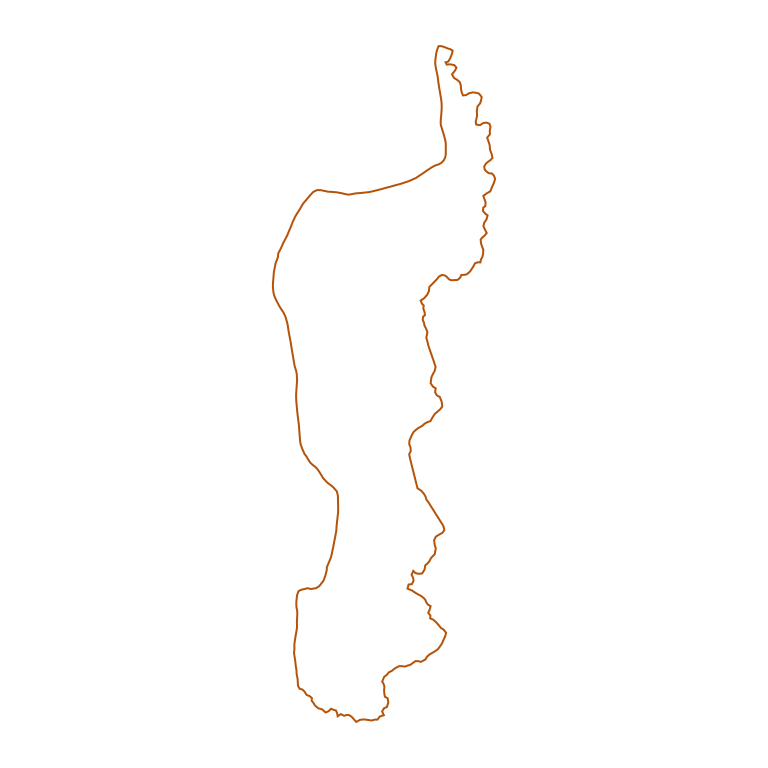 Itapiratins, Tocantins, Brazil (Robinson projection)
{"feature_id": "56859067B41271954080984", "entity_name": "Itapiratins", "entity_type": "district", "adm_level": 2, "iso_a3": "BRA", "parent_name": "Brazil", "parent_adm1": "Tocantins", "projection": "robinson", "projection_center": [-48.008, -8.299], "detail": "fine", "context": "isolated", "style": "outline", "palette": "amber", "viewbox_px": 768, "rotation_deg": 0, "n_neighbors": 0, "source": "geoboundaries", "source_scale": "gbopen_adm2", "svg_char_len": 5639}
<svg xmlns="http://www.w3.org/2000/svg" viewBox="0 0 768 768"><path d="M438.6,46.1L437.1,49.9L436.3,52.9L435.9,56.0L435.4,59.5L435.2,63.5L436.0,68.8L436.9,72.8L437.7,76.7L438.1,80.3L438.6,83.9L439.2,87.9L440.0,92.4L440.5,95.6L441.1,98.8L441.6,103.3L441.7,107.6L441.5,111.4L441.2,115.4L440.9,118.2L440.7,121.1L440.7,124.2L441.5,127.3L442.6,130.9L443.7,134.3L444.7,138.0L445.7,142.4L445.8,146.8L445.8,150.8L445.7,155.2L445.0,157.9L443.6,160.6L441.3,162.9L438.6,164.4L434.6,165.7L431.3,167.6L429.1,169.1L426.6,170.7L424.1,172.5L421.8,174.1L419.0,175.9L416.1,177.9L413.8,178.9L411.7,179.9L408.4,181.3L404.4,182.6L400.8,183.8L398.3,184.5L395.6,185.2L392.7,186.0L389.6,186.9L386.0,187.8L382.8,188.7L379.6,189.6L376.3,190.4L372.6,191.3L369.6,192.0L366.6,192.4L363.3,192.7L360.8,193.0L358.1,193.2L355.4,193.4L352.4,194.0L348.8,194.7L345.6,194.2L342.5,193.4L339.3,192.8L336.6,192.3L333.1,192.0L330.3,191.8L327.9,191.7L325.5,191.1L323.3,190.7L320.4,190.1L316.9,190.1L313.3,191.9L310.5,194.9L308.0,197.8L305.8,200.5L303.9,202.6L302.1,205.1L300.9,207.4L299.0,210.6L296.9,213.7L295.3,216.5L293.8,219.6L292.6,222.2L291.2,225.9L289.5,229.9L288.2,233.0L287.1,235.7L285.2,239.3L283.5,242.5L282.0,245.8L280.5,249.2L278.3,253.2L277.9,257.2L275.7,263.0L273.9,271.9L273.0,283.1L272.9,285.8L273.2,290.4L273.6,293.3L274.5,296.4L276.3,300.4L277.8,303.2L279.3,306.1L281.5,309.6L283.5,312.5L285.4,316.6L287.0,322.1L287.7,325.0L288.5,330.7L290.8,343.0L291.8,349.5L294.7,366.3L296.1,370.7L296.8,374.4L297.1,380.5L296.6,387.0L296.1,395.0L296.2,400.0L297.2,411.2L297.6,414.9L298.9,425.1L300.0,440.0L300.6,444.1L302.2,448.7L304.5,453.9L306.5,456.5L308.1,459.4L310.1,462.4L312.3,464.6L315.3,466.9L317.2,468.8L319.4,472.0L321.8,475.8L323.0,478.0L327.3,482.6L332.8,486.8L336.8,491.3L337.9,495.7L338.0,501.8L338.2,508.5L338.1,512.5L337.4,518.6L336.8,524.0L336.5,527.2L336.3,530.7L335.2,536.8L333.8,543.9L333.3,546.8L332.6,549.9L331.9,553.4L330.9,557.5L328.0,564.5L326.8,567.2L326.8,570.0L325.3,575.8L323.5,580.7L319.3,586.1L316.0,588.2L310.6,589.0L307.7,588.2L300.8,589.9L298.6,591.1L297.1,595.0L296.4,601.1L296.3,604.2L296.5,607.5L297.2,610.8L297.3,613.9L296.9,622.4L297.0,625.3L296.9,628.4L296.0,633.8L295.3,637.6L294.4,644.0L294.4,649.5L294.0,653.0L295.3,661.4L295.7,665.6L296.4,669.6L296.7,674.5L297.6,679.0L298.0,685.8L299.6,688.7L302.3,689.5L304.3,691.3L306.7,695.0L309.4,696.0L311.8,697.9L311.7,700.8L313.3,702.7L315.0,705.5L318.1,708.2L322.4,709.5L325.5,712.5L328.5,711.3L331.0,708.8L333.6,709.8L336.0,710.5L337.2,713.5L337.7,716.3L340.8,714.1L344.1,715.8L346.7,714.9L349.3,715.2L351.7,716.8L353.8,719.2L356.2,721.9L360.2,719.8L363.9,719.4L367.6,719.9L371.8,720.5L374.9,719.6L377.5,719.6L379.8,716.5L383.8,715.2L382.1,711.4L384.1,708.2L386.9,707.0L388.3,702.7L387.7,698.3L384.9,696.7L384.3,693.4L384.1,690.3L384.4,686.8L383.7,684.2L382.2,681.6L384.1,677.0L386.9,674.7L388.9,672.3L392.1,670.7L394.4,668.7L397.2,667.1L399.5,666.1L402.0,666.2L405.0,666.6L407.5,665.6L410.4,664.8L412.9,662.9L415.5,661.1L418.6,661.2L420.8,661.9L425.4,659.5L427.2,656.5L429.6,654.4L432.6,652.7L435.4,651.0L438.0,649.1L439.9,646.5L441.9,643.6L443.8,639.3L445.2,636.2L446.1,632.8L443.6,629.6L440.9,627.9L438.9,625.4L436.2,622.3L433.1,619.6L430.2,618.3L430.4,615.5L428.2,612.9L429.7,609.5L430.6,606.1L427.9,604.6L426.2,602.1L425.2,599.6L423.0,597.4L420.5,595.6L418.1,594.4L415.2,592.7L412.5,590.8L410.3,589.8L407.5,588.6L408.6,584.5L411.8,584.2L413.5,581.0L413.2,578.1L411.6,574.7L413.3,570.9L415.5,573.1L418.7,573.8L422.1,573.5L424.5,569.7L425.3,565.3L427.3,563.6L429.2,561.5L430.9,558.3L432.7,556.2L434.8,554.1L435.3,550.9L435.8,548.2L434.8,545.3L434.1,540.2L435.9,536.6L439.5,534.4L442.5,532.8L444.4,529.9L443.3,525.8L428.1,501.8L426.5,499.8L425.6,496.8L424.0,493.9L421.1,490.6L417.5,488.3L409.9,457.9L409.2,454.2L410.7,451.2L410.6,447.9L409.2,444.1L409.5,440.4L410.7,437.7L411.8,435.2L413.5,432.1L415.6,430.1L418.3,428.0L422.3,425.8L424.6,423.7L427.5,422.1L430.5,421.1L432.2,417.9L434.7,414.0L438.0,411.2L440.3,409.2L442.3,406.5L441.7,401.8L439.8,397.0L436.8,395.3L435.1,392.2L435.7,388.3L432.9,386.6L430.6,383.2L431.1,379.8L431.5,376.9L433.1,373.8L434.6,371.0L435.6,367.0L434.1,362.3L428.4,345.8L427.5,341.8L426.3,337.8L427.4,332.3L426.1,328.6L424.5,325.7L424.0,322.8L422.7,319.8L423.1,316.7L424.9,315.2L424.6,312.2L423.3,308.5L423.7,305.5L421.8,303.5L420.7,300.5L424.2,298.2L427.1,294.8L429.0,291.0L429.3,287.0L436.9,279.2L439.1,276.5L442.0,274.9L445.2,275.6L447.3,277.4L449.0,279.3L451.1,280.2L454.5,280.1L457.6,279.9L460.2,277.6L461.4,274.9L464.1,274.9L467.0,274.2L470.1,271.4L473.0,267.0L475.0,263.3L477.6,262.3L480.4,262.4L480.9,259.6L482.3,257.2L483.1,253.7L483.3,249.6L482.0,246.5L480.9,242.8L480.7,239.5L482.2,237.6L484.6,235.6L486.7,233.0L485.2,230.1L483.4,226.0L484.3,222.6L486.4,219.6L487.6,215.4L485.1,213.5L482.9,210.8L483.3,207.6L485.3,206.1L485.6,202.5L484.5,199.1L483.3,195.9L486.5,193.5L490.3,191.3L492.0,187.1L494.0,182.6L495.1,179.0L494.1,175.9L492.0,173.5L489.1,173.3L486.8,171.8L484.8,169.8L484.2,166.5L486.0,163.5L487.9,161.9L490.4,160.2L492.5,157.9L491.7,154.2L490.0,149.8L489.7,145.2L488.6,141.8L487.2,137.6L489.9,134.3L489.8,130.3L490.5,126.8L489.5,123.8L486.6,122.6L483.3,123.0L479.9,125.2L476.2,124.5L475.7,121.6L476.4,119.0L477.1,115.4L476.8,111.1L477.5,106.5L480.0,103.5L481.0,100.8L481.7,97.0L479.0,93.6L476.4,92.8L472.7,92.4L469.2,93.2L466.0,95.1L462.9,95.4L461.5,91.7L461.0,88.7L460.8,85.3L459.8,82.2L457.4,80.0L454.1,78.0L452.0,74.4L454.7,71.0L456.5,67.8L454.4,65.2L450.4,64.3L446.7,64.6L445.6,62.3L448.1,61.7L450.1,58.5L452.0,53.8L452.6,50.6L450.4,49.2L448.1,48.6L445.2,47.4L441.8,46.2L438.6,46.1Z" fill="none" stroke="#b45309" stroke-width="2"/></svg>